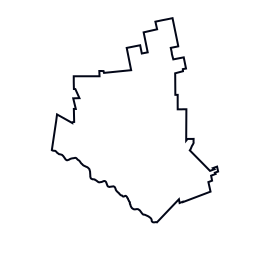 outline of Banda, Santiago del Estero, Argentina, rotated 348°
{"feature_id": "61730980B71346119241334", "entity_name": "Banda", "entity_type": "district", "adm_level": 2, "iso_a3": "ARG", "parent_name": "Argentina", "parent_adm1": "Santiago del Estero", "projection": "robinson", "projection_center": [-64.338, -27.421], "detail": "fine", "context": "isolated", "style": "outline", "palette": "ink", "viewbox_px": 256, "rotation_deg": 348, "n_neighbors": 0, "source": "geoboundaries", "source_scale": "gbopen_adm2", "svg_char_len": 4218}
<svg xmlns="http://www.w3.org/2000/svg" viewBox="0 0 256 256"><g transform="rotate(348 128 128)"><path d="M87.2,174.1L87.4,174.4L87.7,174.6L88.0,174.9L88.4,175.1L88.8,175.2L89.5,175.2L90.4,175.3L91.2,175.3L91.6,175.2L92.2,175.1L92.9,174.9L93.5,174.9L94.1,175.0L94.6,175.3L95.1,175.9L95.3,176.4L95.4,176.8L95.4,177.2L95.6,177.9L95.6,178.4L95.7,179.1L95.8,179.6L95.9,180.1L96.1,180.8L96.4,181.1L96.8,181.4L97.1,181.5L97.5,181.8L98.2,181.8L98.7,181.8L99.4,181.9L100.2,181.9L100.7,182.0L101.3,182.0L101.8,182.1L102.2,182.5L102.6,182.8L102.9,183.5L103.0,183.9L103.2,184.8L103.2,185.3L103.2,185.9L103.4,186.3L103.5,186.7L103.7,187.1L104.0,187.7L104.2,188.0L104.5,188.4L104.8,188.9L105.1,189.2L105.3,189.6L105.7,190.0L105.8,190.5L106.2,191.0L106.4,191.5L106.8,191.9L107.2,192.4L107.7,192.7L108.1,192.8L108.4,193.2L108.7,193.8L109.1,194.1L109.6,194.1L110.2,194.1L110.8,193.9L111.2,193.8L111.8,194.0L112.1,194.4L112.6,195.1L112.7,195.6L112.8,196.1L112.9,196.4L113.1,196.7L113.3,196.9L113.3,197.2L113.3,197.6L113.3,197.9L113.4,198.2L113.5,198.5L113.6,198.8L113.7,199.2L113.8,199.4L113.8,199.7L113.8,200.1L114.0,200.3L114.2,200.5L114.3,200.8L114.4,201.2L114.3,201.5L114.2,201.9L114.1,202.3L114.2,202.7L114.2,203.1L114.4,203.3L114.4,203.6L114.4,203.8L114.4,204.0L114.4,204.6L114.5,205.1L114.7,205.8L114.8,206.1L114.9,206.5L115.1,206.8L115.3,207.3L115.7,207.7L116.1,208.1L116.5,208.5L117.2,208.9L117.9,209.0L118.5,209.1L119.2,209.1L120.0,209.2L120.9,209.5L121.3,209.8L121.8,210.4L122.3,210.9L122.7,211.5L122.9,212.2L123.4,213.1L123.7,213.9L124.3,215.0L124.7,215.6L125.0,215.9L125.6,216.0L126.2,216.3L126.8,216.6L127.3,217.0L127.8,217.4L128.4,217.8L129.3,218.5L129.7,218.8L129.8,218.9L130.0,219.2L130.5,219.7L131.0,220.3L131.4,220.8L131.7,221.4L131.9,221.9L132.0,222.4L132.0,223.1L131.9,223.7L131.9,224.1L132.0,224.4L132.2,224.7L132.6,225.2L133.1,225.5L133.6,225.6L134.5,225.8L135.3,225.8L136.0,225.9L136.5,226.2L136.7,226.3L163.0,208.3L162.9,212.1L166.3,211.5L166.3,211.9L195.5,207.4L195.4,197.6L199.3,197.0L199.4,191.9L204.1,191.2L203.7,189.8L207.1,189.3L207.1,187.1L207.1,184.3L202.8,184.9L203.9,186.3L199.3,187.0L196.2,182.1L192.5,176.3L189.5,171.6L183.8,162.7L184.7,161.9L186.8,158.9L187.3,158.3L187.9,157.8L189.1,156.2L189.3,154.8L189.9,152.3L183.9,151.1L182.3,152.4L189.0,121.8L180.5,120.1L182.0,112.9L183.5,105.9L181.2,105.4L185.0,86.9L185.5,84.3L193.6,83.9L193.9,81.8L197.1,81.9L197.2,70.5L186.6,70.3L186.3,64.9L186.5,63.1L186.5,58.5L194.1,58.6L194.2,57.9L194.4,29.8L189.0,29.8L183.6,29.7L176.9,29.7L177.0,37.5L163.2,37.7L163.2,37.8L163.0,58.1L157.0,58.0L157.1,49.6L143.4,49.4L143.4,49.6L143.1,72.1L131.4,70.8L116.0,69.1L115.9,67.2L111.8,66.3L110.9,71.5L85.7,66.1L84.5,71.8L83.2,78.6L84.6,79.0L86.7,88.7L80.6,87.6L80.9,98.5L79.0,98.1L76.6,110.9L74.6,110.8L74.5,111.5L61.4,100.0L58.9,107.1L58.8,107.3L48.9,133.8L49.2,134.1L49.5,134.3L49.8,134.5L50.4,134.7L50.9,134.9L51.3,135.0L51.8,135.1L52.1,135.3L52.5,135.7L52.8,136.1L53.0,136.5L53.2,136.8L53.5,137.4L53.6,137.6L54.0,138.0L54.3,138.3L54.6,138.6L55.0,139.2L55.5,139.4L56.2,139.7L56.7,139.9L57.0,140.1L57.6,140.4L58.0,140.7L58.3,141.3L58.7,141.7L58.9,142.2L59.3,143.0L59.6,143.8L59.9,144.4L60.2,145.0L60.3,145.6L60.6,146.0L61.3,146.7L61.7,146.9L62.4,146.9L63.0,146.8L63.8,146.7L64.4,146.5L64.8,146.3L65.5,146.2L66.2,146.1L67.4,146.1L68.2,146.2L68.7,146.2L69.3,146.2L70.0,146.2L70.5,146.3L71.1,146.7L71.6,147.4L71.9,148.0L72.3,148.6L72.7,149.0L73.2,149.5L73.7,150.1L73.9,150.6L74.2,151.2L74.5,152.0L74.8,152.7L75.2,153.3L75.7,153.9L76.0,154.5L76.4,155.1L77.2,155.8L77.5,156.1L78.0,156.4L78.4,156.7L78.7,157.0L79.2,157.3L79.5,157.5L79.8,157.7L80.0,157.9L80.2,158.1L80.6,158.5L80.8,158.8L81.0,159.2L81.4,159.7L81.5,160.0L81.7,160.4L81.7,161.0L81.7,161.5L81.8,162.1L81.8,162.5L81.8,163.1L81.7,163.5L81.6,164.3L81.5,164.7L81.5,165.2L81.4,165.6L81.3,166.0L81.3,166.4L81.2,166.9L81.1,167.4L81.0,167.7L81.0,168.0L81.1,168.3L81.1,168.7L81.1,169.1L81.2,169.3L81.3,169.6L81.5,169.9L81.8,170.2L82.0,170.3L82.3,170.5L82.7,170.7L82.9,170.9L83.2,170.9L83.6,171.0L83.8,171.1L84.2,171.2L84.6,171.4L84.9,171.6L85.0,171.9L85.2,172.0L85.5,172.2L85.7,172.4L85.8,172.5L86.0,172.8L86.4,173.2L86.6,173.4L86.8,173.6L87.0,173.9L87.2,174.1Z" fill="none" stroke="#020617" stroke-width="2"/></g></svg>